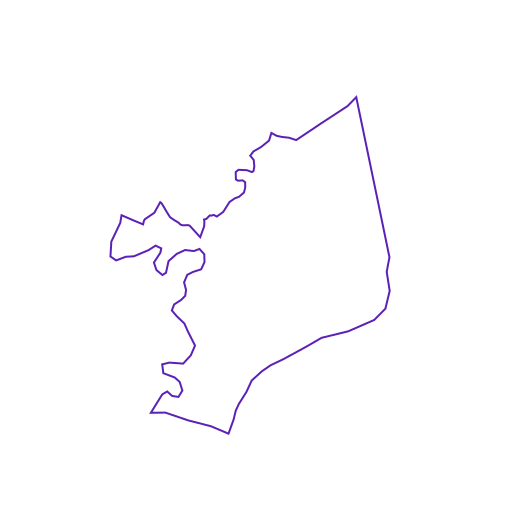 outline of Uvwie, Delta, Nigeria, rotated 113°
{"feature_id": "59680162B58427071840888", "entity_name": "Uvwie", "entity_type": "district", "adm_level": 2, "iso_a3": "NGA", "parent_name": "Nigeria", "parent_adm1": "Delta", "projection": "mercator", "projection_center": [5.787, 5.57], "detail": "fine", "context": "isolated", "style": "outline", "palette": "violet", "viewbox_px": 512, "rotation_deg": 113, "n_neighbors": 0, "source": "geoboundaries", "source_scale": "gbopen_adm2", "svg_char_len": 1712}
<svg xmlns="http://www.w3.org/2000/svg" viewBox="0 0 512 512"><g transform="rotate(113 256 256)"><path d="M271.0,395.7L278.6,393.9L299.3,394.8L313.3,389.8L314.7,383.0L307.6,375.6L304.0,368.3L292.6,357.2L285.7,352.5L286.0,346.2L290.3,345.3L301.9,347.4L307.8,342.2L310.1,334.7L306.6,332.3L294.9,334.5L285.0,329.8L278.2,323.6L275.7,315.1L271.6,310.8L274.6,304.3L281.8,301.0L289.7,301.3L295.3,307.8L300.2,311.9L308.4,311.9L314.6,307.1L320.3,305.6L325.8,307.8L332.5,312.4L339.0,312.2L342.4,305.4L346.1,295.6L351.9,289.4L362.3,277.1L372.9,277.2L383.5,281.0L388.0,294.1L392.4,300.0L400.1,295.5L399.6,283.3L401.7,277.1L408.6,271.2L416.0,272.3L417.6,278.5L415.4,284.8L420.0,288.2L430.1,289.8L441.4,291.5L435.6,278.3L433.8,254.0L432.4,245.0L430.3,230.7L430.3,211.9L415.3,212.7L406.3,214.2L399.1,214.0L384.8,211.7L372.3,211.3L361.5,206.3L359.9,205.6L350.9,199.9L340.4,190.6L319.2,173.8L305.7,163.7L289.3,141.7L268.7,122.2L253.9,116.3L235.9,119.3L219.5,129.5L211.4,131.3L205.1,132.6L165.8,159.8L150.5,170.4L70.6,225.8L82.2,230.3L108.5,247.9L133.6,264.3L134.2,271.7L136.3,278.8L137.3,283.9L136.7,289.9L144.7,289.1L153.8,294.0L160.7,299.2L165.9,300.5L168.5,295.6L174.3,292.5L178.9,291.5L180.3,292.5L180.6,298.0L183.5,305.8L186.6,307.5L193.4,304.4L193.7,301.9L191.6,297.8L192.3,294.8L197.4,292.6L202.3,291.9L208.2,294.8L211.1,298.0L216.7,301.5L228.3,303.4L235.0,307.5L234.7,310.9L236.3,312.9L236.7,314.4L241.3,316.2L242.7,318.1L244.6,316.9L249.0,315.3L260.5,314.7L254.0,328.9L254.1,330.5L256.3,335.2L256.6,337.8L255.6,340.3L254.9,345.3L253.9,350.2L250.1,355.7L246.8,360.1L244.3,363.6L243.9,365.2L256.0,366.5L265.6,372.7L267.4,372.9L271.0,372.3L271.1,382.0L271.0,395.7Z" fill="none" stroke="#5b21b6" stroke-width="2"/></g></svg>